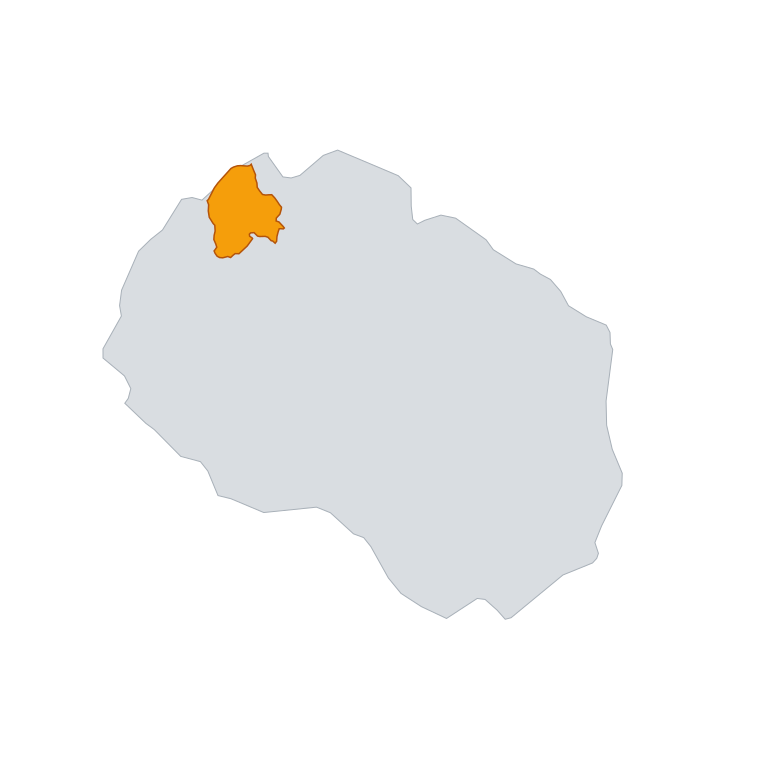 where Mavrovo and Rostusa sits in North Macedonia, rotated 47°
{"feature_id": "MKD-2955", "entity_name": "Mavrovo and Rostusa", "entity_type": "Statistical Region", "adm_level": 1, "iso_a3": "MKD", "parent_name": "North Macedonia", "parent_adm1": "", "projection": "natural_earth1", "projection_center": [20.731, 41.637], "detail": "fine", "context": "in_parent", "style": "filled", "palette": "amber", "viewbox_px": 768, "rotation_deg": 47, "n_neighbors": 0, "source": "natural_earth", "source_scale": "10m", "svg_char_len": 2152}
<svg xmlns="http://www.w3.org/2000/svg" viewBox="0 0 768 768"><g transform="rotate(47 384 384)"><path d="M348.4,211.0L360.3,212.5L386.1,205.6L402.1,196.1L410.2,194.7L421.1,191.0L436.8,191.6L452.6,195.7L472.8,190.2L492.5,181.3L500.5,183.6L509.1,191.1L514.8,193.2L547.9,233.2L566.0,249.3L587.4,261.6L611.7,270.6L620.4,279.2L636.2,321.7L643.8,337.9L654.1,342.7L656.6,347.3L657.1,353.5L645.7,383.4L641.6,450.5L638.7,455.8L626.6,455.5L610.5,457.0L604.4,462.1L598.1,498.2L572.3,508.5L548.7,514.4L528.9,513.1L493.9,504.5L482.5,503.6L472.8,508.5L441.6,511.0L428.0,517.4L396.0,559.6L363.5,574.2L352.4,581.5L327.5,572.2L315.6,571.2L298.4,582.0L260.6,583.1L250.4,585.0L221.3,586.7L220.1,580.8L214.7,572.3L201.1,568.3L173.4,571.8L166.6,565.5L155.2,529.7L146.3,523.9L136.4,511.9L119.5,472.9L119.1,455.9L120.3,441.0L110.9,406.1L116.7,397.2L125.4,391.7L125.5,377.6L123.1,356.3L133.3,314.4L136.1,311.4L138.7,313.4L163.6,316.7L170.0,311.4L174.1,303.2L175.4,272.5L181.3,258.4L241.4,231.5L259.0,230.5L272.5,242.8L283.3,250.8L289.7,250.5L292.1,242.5L299.3,227.2L311.6,218.5L348.1,211.0L348.4,211.0Z" fill="#d9dde1" stroke="#a8b0b8" stroke-width="1"/><path d="M129.3,388.3L129.3,386.5L124.8,374.1L123.7,368.3L122.0,348.9L122.7,346.1L124.4,342.5L126.5,339.9L131.5,335.3L132.8,332.9L132.7,331.2L139.0,333.7L143.4,335.3L145.6,337.7L150.4,339.9L153.7,342.6L158.1,343.3L162.5,343.6L165.0,341.8L167.0,339.3L169.0,337.0L173.4,337.0L177.4,337.5L181.5,338.2L184.8,338.4L186.1,339.9L188.8,344.4L189.2,349.6L191.2,351.7L193.8,350.3L196.4,350.3L199.8,350.3L201.9,350.5L201.9,351.9L200.1,353.5L199.0,354.8L200.5,357.6L203.2,361.8L206.4,365.2L206.8,367.6L203.4,367.9L202.3,368.8L199.5,368.8L197.5,368.8L195.0,370.2L191.3,374.4L189.6,375.6L184.7,375.8L182.5,378.5L182.6,380.3L184.3,381.5L187.2,380.8L188.1,381.0L188.4,382.7L189.8,390.0L189.8,395.0L189.8,397.8L189.8,401.2L187.1,404.0L186.9,406.5L186.9,409.9L184.2,411.3L181.7,415.9L179.4,418.0L176.7,418.9L173.2,418.4L170.8,417.5L170.6,416.1L169.9,413.0L167.0,411.6L162.3,409.9L159.4,406.8L157.0,403.2L152.5,399.5L150.1,399.5L142.9,398.1L137.6,394.5L133.3,390.0L129.3,388.3Z" fill="#f59e0b" stroke="#b45309" stroke-width="1.5"/></g></svg>